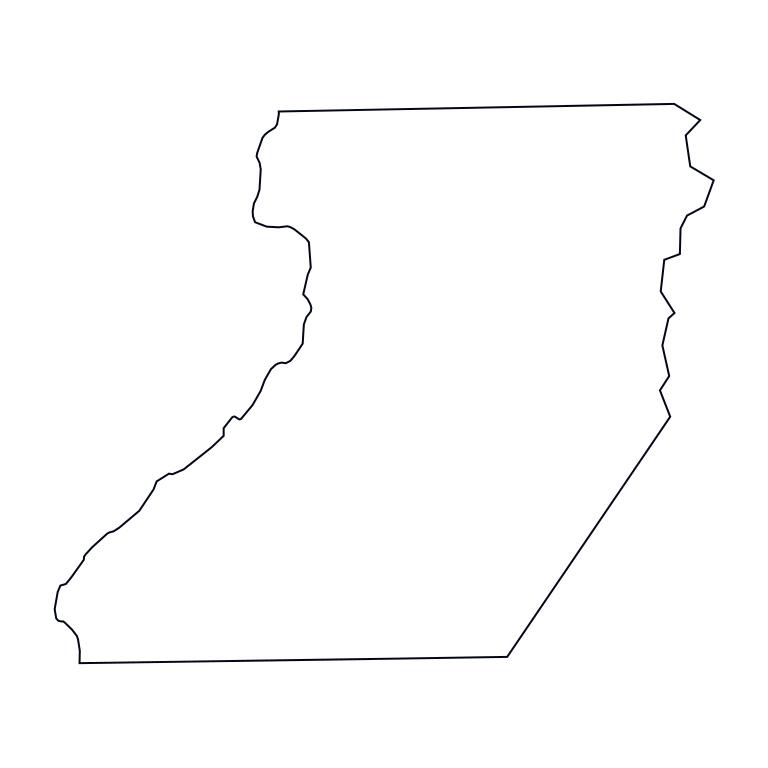 Hardeman, Texas, United States of America, rotated 269°
{"feature_id": "52423323B6303249721628", "entity_name": "Hardeman", "entity_type": "district", "adm_level": 2, "iso_a3": "USA", "parent_name": "United States of America", "parent_adm1": "Texas", "projection": "orthographic", "projection_center": [-99.723, 34.318], "detail": "fine", "context": "isolated", "style": "outline", "palette": "ink", "viewbox_px": 768, "rotation_deg": 269, "n_neighbors": 0, "source": "geoboundaries", "source_scale": "gbopen_adm2", "svg_char_len": 1371}
<svg xmlns="http://www.w3.org/2000/svg" viewBox="0 0 768 768"><g transform="rotate(269 384 384)"><path d="M109.2,391.1L109.0,502.4L346.3,669.6L372.8,659.8L387.0,669.3L417.7,663.0L444.7,669.6L449.9,675.7L471.7,662.3L503.3,666.4L508.8,682.1L534.4,683.2L547.1,689.9L555.9,707.2L581.9,717.2L596.2,694.0L627.3,690.0L642.4,704.8L659.0,679.0L658.3,283.5L655.7,283.6L645.5,281.6L642.2,279.4L638.3,272.9L635.2,269.1L632.2,266.8L617.1,261.2L613.6,260.6L607.3,263.5L600.8,264.5L580.4,262.9L573.3,260.5L566.8,257.1L558.9,255.7L554.0,255.9L548.0,257.9L543.4,269.4L542.5,281.5L543.4,290.3L542.4,293.3L540.2,297.1L531.0,308.3L527.1,311.4L501.7,312.8L494.7,309.7L475.0,304.8L470.2,309.1L464.8,311.8L461.3,312.7L457.8,312.1L452.2,307.6L444.9,304.9L425.8,303.4L413.8,295.1L408.8,290.8L406.5,286.2L407.2,282.0L406.3,278.3L404.9,275.7L400.8,271.2L390.2,264.9L379.1,260.5L365.1,252.1L351.5,240.4L351.1,238.7L354.0,234.3L354.0,232.9L353.2,231.5L342.6,222.9L335.0,222.8L323.8,210.6L302.1,182.2L297.5,171.0L298.1,167.4L290.6,155.0L282.7,151.8L270.4,143.3L261.5,137.1L244.9,116.7L241.4,111.0L240.4,106.9L239.2,104.6L225.9,89.4L219.0,82.8L216.6,81.1L213.5,80.8L195.9,67.8L189.6,62.4L188.1,56.9L181.7,54.1L164.6,50.8L155.3,52.2L153.0,54.3L152.2,57.3L152.2,59.2L150.7,61.0L143.7,67.9L137.4,72.5L134.1,73.6L122.5,75.2L110.2,74.7L109.2,391.1Z" fill="none" stroke="#020617" stroke-width="2"/></g></svg>